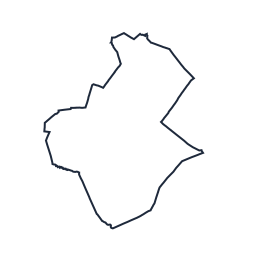 Jaunlaicenes pag., Aluksne, Latvia (orthographic projection), rotated 42°
{"feature_id": "27541924B93978153905592", "entity_name": "Jaunlaicenes pag.", "entity_type": "district", "adm_level": 2, "iso_a3": "LVA", "parent_name": "Latvia", "parent_adm1": "Aluksne", "projection": "orthographic", "projection_center": [26.875, 57.536], "detail": "fine", "context": "isolated", "style": "outline", "palette": "slate", "viewbox_px": 256, "rotation_deg": 42, "n_neighbors": 0, "source": "geoboundaries", "source_scale": "gbopen_adm2", "svg_char_len": 4927}
<svg xmlns="http://www.w3.org/2000/svg" viewBox="0 0 256 256"><g transform="rotate(42 128 128)"><path d="M79.3,46.0L79.0,45.6L78.3,47.1L79.0,48.1L77.3,48.6L76.5,48.8L76.1,49.5L75.0,50.0L74.0,50.0L73.0,58.0L69.2,58.9L68.3,59.0L66.3,59.4L64.3,59.7L62.8,60.0L61.5,60.2L61.0,61.4L60.9,61.5L60.8,61.8L60.4,62.7L60.1,63.5L59.6,64.7L58.9,66.3L58.8,66.9L58.1,68.6L57.7,69.5L56.3,70.9L55.6,71.5L56.6,72.9L57.4,74.0L57.7,74.7L58.2,75.4L58.2,75.5L58.3,75.4L58.6,75.4L58.8,75.5L59.0,75.7L59.1,75.9L59.3,76.0L59.5,76.0L59.8,76.3L60.2,76.5L60.7,76.7L61.0,76.8L61.2,76.7L61.4,76.7L61.6,76.7L61.9,76.9L62.3,77.1L62.7,77.4L62.9,77.5L63.0,77.6L64.3,77.9L66.4,78.4L69.2,78.8L70.4,79.6L72.1,80.7L73.2,81.4L76.6,83.3L78.3,84.4L79.7,85.1L80.2,87.3L80.2,88.4L80.2,88.8L80.1,89.4L80.2,90.4L80.5,94.2L80.7,95.7L80.8,95.7L81.0,98.4L81.2,100.7L81.4,102.5L81.6,105.5L81.9,106.8L81.9,107.0L81.9,107.6L82.0,108.5L82.1,110.1L82.2,111.3L82.5,113.2L82.6,114.0L82.6,114.8L82.0,114.9L77.7,116.4L77.4,116.5L76.1,117.3L73.1,118.6L72.7,120.1L74.6,124.1L76.4,128.0L77.3,129.8L77.7,130.9L78.3,132.0L78.9,132.9L80.8,136.8L81.6,138.8L82.7,141.2L82.2,141.7L81.1,143.0L79.8,144.2L78.3,145.3L77.9,145.7L77.2,146.4L76.3,147.2L75.8,147.8L75.7,147.8L75.6,148.0L73.7,149.8L72.2,151.1L72.7,152.3L71.7,153.4L68.6,156.9L65.8,160.2L64.7,161.5L65.7,162.4L65.5,165.1L64.6,166.2L64.3,168.0L63.8,171.2L63.5,173.9L63.3,175.4L63.2,176.1L62.9,178.6L62.7,179.8L65.7,183.3L65.8,183.4L66.1,183.9L68.1,186.5L68.8,186.0L72.4,183.5L73.1,185.7L73.4,186.6L73.7,187.5L74.6,190.1L75.0,191.0L75.2,191.5L75.4,192.2L78.5,194.1L78.8,194.3L84.8,197.8L89.2,200.4L91.7,202.1L94.9,204.3L96.0,205.3L97.0,204.9L98.4,203.9L98.8,203.8L99.0,203.9L99.8,204.4L99.9,204.2L100.2,204.1L100.1,203.8L100.1,203.7L100.5,203.6L101.0,203.8L101.4,203.8L101.6,203.9L101.6,203.7L102.0,203.7L102.3,203.4L102.2,203.2L102.6,202.9L103.0,203.0L103.3,203.1L103.2,202.7L103.3,202.7L103.6,202.6L103.9,202.6L103.8,202.1L104.0,201.9L104.5,202.0L104.5,201.8L104.6,201.7L104.7,201.8L105.0,201.9L105.4,201.5L105.6,201.4L105.6,201.5L105.7,201.8L105.8,201.8L106.1,201.7L106.3,201.6L106.5,201.7L106.8,201.5L107.0,201.5L107.4,201.7L107.7,201.5L108.0,201.0L108.0,200.7L108.2,200.4L108.5,200.4L108.9,200.0L109.1,200.1L109.3,200.3L109.4,200.2L109.5,200.1L109.8,200.2L110.0,200.0L110.3,200.0L110.3,199.9L110.5,199.8L110.5,199.7L111.0,199.8L111.1,199.7L111.3,199.6L111.4,199.3L111.2,199.2L111.3,199.0L111.7,198.9L111.9,198.7L112.2,198.6L112.8,198.3L113.3,198.1L114.1,197.8L115.0,197.3L116.0,197.2L116.5,197.1L117.1,196.7L118.1,196.0L118.3,195.8L119.0,194.8L119.3,194.6L120.2,194.1L120.6,194.1L120.8,194.1L121.0,194.0L121.3,194.0L121.5,194.0L121.6,193.9L122.8,195.3L126.5,196.9L129.8,198.1L133.8,200.0L137.7,201.8L142.2,203.8L142.6,204.0L144.6,204.9L145.3,205.2L146.6,205.9L154.1,209.2L162.3,212.8L163.0,212.7L167.4,213.6L170.6,214.3L170.8,214.4L171.1,214.2L171.9,214.1L172.7,214.0L173.4,213.8L174.2,213.5L174.5,213.3L175.6,213.5L176.6,213.6L177.3,213.6L177.7,213.4L178.3,213.0L179.1,212.0L179.4,211.7L180.2,211.7L180.8,212.1L181.0,212.6L181.3,213.0L181.6,213.2L182.5,213.4L183.3,213.0L183.6,212.8L183.8,212.8L183.9,212.7L184.9,210.5L186.0,208.0L187.2,205.3L188.6,202.1L188.8,201.7L189.3,200.6L190.4,198.3L192.1,194.4L195.0,188.1L195.3,187.1L195.5,186.8L196.3,184.6L196.5,183.7L196.8,182.9L197.2,181.6L197.6,180.1L197.8,179.3L198.8,176.1L199.2,175.4L199.6,174.6L199.9,174.1L199.3,172.1L199.3,171.6L199.0,170.9L198.9,170.0L198.4,168.2L198.3,167.8L198.2,166.8L198.1,166.3L197.4,164.8L195.1,159.9L195.0,159.6L194.5,158.5L193.5,156.2L193.1,155.2L192.9,155.0L192.5,154.0L192.0,152.9L191.5,151.6L191.3,151.2L191.2,150.3L191.2,149.6L191.1,148.2L191.0,146.3L191.0,145.1L190.8,141.8L190.7,140.2L190.6,138.9L190.8,134.1L191.0,130.1L190.5,125.4L190.5,124.7L190.5,122.1L190.4,116.5L193.8,109.3L195.0,106.8L196.0,104.9L198.1,100.8L198.6,99.7L199.8,97.4L200.4,96.3L199.6,96.1L198.6,95.9L198.1,95.7L197.5,95.3L196.0,97.0L195.3,97.2L193.5,97.7L191.6,98.2L189.1,98.9L183.6,99.8L182.3,99.9L181.7,99.9L181.4,99.9L178.3,99.9L173.5,100.2L172.1,100.3L167.5,100.6L167.3,100.6L157.8,101.2L154.9,101.3L153.2,101.5L152.7,101.5L151.4,101.6L148.5,101.4L148.6,100.3L148.5,99.2L148.4,97.6L148.2,96.6L148.1,93.9L147.9,89.8L147.8,89.6L147.4,88.6L147.1,83.6L147.0,82.8L146.8,81.2L146.6,79.5L146.6,79.0L146.5,78.1L146.3,76.7L146.0,74.5L145.5,72.6L145.3,71.8L145.0,68.7L144.6,66.2L144.4,63.7L144.1,61.5L144.1,60.9L143.7,57.7L143.6,56.5L143.6,55.1L143.4,54.0L143.3,53.1L143.2,52.2L143.0,50.5L143.7,47.0L140.3,46.7L137.7,46.5L133.8,46.3L129.9,46.1L128.5,45.8L125.0,45.3L121.9,44.7L121.2,44.6L115.2,43.5L113.3,43.2L109.5,42.4L108.1,42.1L107.6,42.0L106.9,41.8L106.0,41.6L105.9,41.7L103.2,42.8L103.0,43.0L102.1,43.3L100.6,44.0L100.0,44.3L98.3,44.9L95.6,46.0L94.6,46.4L92.3,47.3L90.8,47.9L88.4,48.9L88.0,49.2L87.0,49.1L86.0,49.0L83.6,48.9L82.3,48.6L81.7,47.8L81.0,47.0L80.9,47.0L80.7,46.6L80.6,46.4L80.4,46.4L80.0,46.2L79.3,46.0Z" fill="none" stroke="#1e293b" stroke-width="2"/></g></svg>